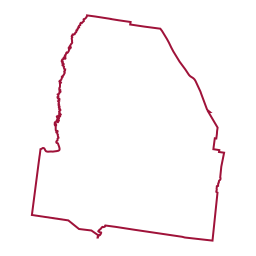 outline of Melton, Victoria, Australia
{"feature_id": "25037944B20594454480773", "entity_name": "Melton", "entity_type": "district", "adm_level": 2, "iso_a3": "AUS", "parent_name": "Australia", "parent_adm1": "Victoria", "projection": "equal_earth", "projection_center": [144.547, -37.681], "detail": "fine", "context": "isolated", "style": "outline", "palette": "rose", "viewbox_px": 256, "rotation_deg": 0, "n_neighbors": 0, "source": "geoboundaries", "source_scale": "gbopen_adm2", "svg_char_len": 5181}
<svg xmlns="http://www.w3.org/2000/svg" viewBox="0 0 256 256"><path d="M209.8,112.0L207.4,110.0L207.0,109.4L201.2,93.8L200.4,91.5L195.7,81.4L195.1,80.3L194.4,79.3L193.5,78.4L192.7,77.8L190.3,76.3L189.1,75.1L188.6,74.4L185.3,69.4L179.6,61.7L173.3,51.4L171.2,47.4L168.9,42.6L167.0,39.1L162.0,30.9L160.3,28.7L144.3,26.6L130.2,24.5L130.6,22.0L118.8,20.3L110.7,19.0L110.7,18.9L95.2,16.5L87.1,15.4L87.1,15.9L86.9,16.2L86.8,16.5L86.6,16.6L86.4,17.2L85.9,17.9L84.8,18.9L84.4,19.1L83.7,19.2L83.6,19.4L83.6,19.9L83.9,21.0L82.7,22.1L82.1,22.6L81.8,23.1L81.7,23.1L81.1,22.8L80.9,22.8L80.7,23.0L80.3,23.5L80.3,23.8L80.2,25.2L79.5,25.4L78.9,26.0L78.7,26.6L78.9,27.1L78.4,27.1L78.3,27.5L78.4,27.8L78.2,28.2L77.7,28.4L77.6,28.5L77.7,29.1L77.2,30.2L77.1,30.3L76.7,30.1L76.4,30.3L76.3,30.8L76.4,31.5L76.3,31.9L76.1,32.3L75.9,32.4L75.5,32.5L75.4,32.7L75.2,33.1L74.9,33.4L74.7,34.1L74.2,34.1L73.6,34.7L72.8,34.4L72.6,34.5L72.6,35.0L71.9,35.7L71.7,36.3L71.7,36.6L71.8,36.7L72.3,37.2L72.2,37.4L71.7,38.4L72.1,40.9L72.0,41.6L72.2,42.7L71.7,43.5L70.9,44.3L70.4,45.3L69.8,46.1L69.4,46.8L70.5,46.6L70.8,47.7L70.0,48.5L69.8,48.6L69.4,48.7L69.0,48.4L68.8,48.4L68.9,48.9L69.3,49.3L69.3,49.6L69.0,50.0L68.8,50.9L68.2,51.9L67.7,52.6L67.2,52.9L66.6,52.5L66.4,52.7L66.3,52.9L66.3,53.3L66.0,53.8L65.7,54.7L64.9,55.4L64.9,55.6L65.4,56.1L65.3,56.4L64.8,56.6L64.9,57.1L65.5,58.0L65.5,58.4L65.4,58.6L65.0,58.8L64.6,58.7L63.8,57.7L63.7,57.7L63.4,58.3L63.0,59.5L62.9,59.6L62.3,59.5L62.2,59.6L61.9,60.7L61.7,60.9L61.7,61.4L61.9,61.8L62.0,61.8L62.8,61.9L62.9,62.0L62.9,62.3L62.8,62.7L62.4,63.4L62.5,63.6L63.4,63.8L63.6,63.9L63.7,64.1L63.5,64.3L62.7,64.9L62.5,65.1L62.5,65.3L64.0,66.5L63.8,67.3L63.8,67.7L64.5,69.4L64.9,69.2L65.1,69.3L65.0,69.5L65.1,70.2L64.9,70.9L64.8,71.0L64.3,71.3L64.2,71.7L64.3,72.1L64.7,72.5L64.7,72.9L63.7,74.9L62.8,75.9L62.8,76.4L62.7,76.9L62.5,77.0L62.0,76.6L61.8,76.8L61.8,77.1L62.0,77.6L61.9,78.0L61.7,78.5L61.2,79.8L60.5,80.4L59.9,80.7L59.4,81.3L59.5,81.5L60.3,81.8L61.0,82.5L60.9,82.7L60.1,82.6L59.8,82.8L59.8,83.3L60.0,83.7L60.0,86.2L59.8,87.4L59.3,88.1L59.5,88.9L59.3,89.1L59.3,89.3L59.5,89.4L59.9,89.6L60.3,90.0L60.2,90.5L60.5,91.5L60.5,91.8L60.4,91.9L59.8,90.9L59.5,90.9L59.6,92.1L59.3,92.6L59.3,93.2L59.2,93.6L58.9,93.9L58.0,94.2L57.7,94.4L57.8,94.6L58.3,95.0L58.3,95.9L58.4,96.3L58.1,96.7L57.7,96.8L57.5,97.0L57.5,97.3L57.7,98.0L58.0,98.4L58.6,98.4L59.1,98.5L59.3,98.7L59.5,99.1L59.4,99.4L58.8,100.0L59.2,100.7L58.1,101.2L58.2,101.4L58.7,101.8L58.8,102.4L59.0,102.8L59.0,103.0L58.9,103.3L58.5,103.9L58.7,104.2L59.0,104.5L59.2,105.0L58.9,105.2L58.6,105.2L58.6,105.4L58.9,106.0L58.9,106.5L59.3,106.7L59.5,106.8L59.4,107.1L58.9,107.5L59.1,108.0L59.4,108.0L59.6,108.1L59.7,108.4L59.6,108.7L59.2,109.0L59.2,109.3L59.4,109.5L60.2,109.6L60.4,110.0L60.2,110.2L59.7,110.5L59.7,111.1L59.6,111.4L59.1,111.6L59.1,111.8L59.4,111.9L59.6,112.3L59.6,112.5L59.4,113.0L59.3,113.3L59.9,113.5L60.6,114.3L60.7,114.5L60.2,114.7L59.6,114.4L59.4,114.7L59.3,115.0L59.4,115.5L59.6,115.7L60.1,116.1L60.1,116.4L59.8,116.5L59.4,116.4L59.1,115.6L58.6,115.4L58.0,116.0L57.6,116.3L57.0,116.3L56.8,116.6L57.3,117.9L57.5,117.9L57.8,117.5L58.1,117.6L59.0,118.3L59.0,118.5L58.6,119.2L58.1,119.3L57.4,119.3L57.2,119.6L57.5,119.9L58.2,120.1L58.7,120.3L58.9,120.5L58.8,120.8L58.1,121.3L58.1,122.0L57.9,122.2L57.6,122.1L57.4,121.8L57.2,120.7L56.9,120.5L56.8,120.4L56.7,120.5L56.3,121.4L55.9,121.9L55.6,122.2L55.3,122.3L55.1,122.7L55.0,122.8L54.8,122.7L54.7,123.0L54.9,123.4L55.9,124.0L56.1,124.4L56.1,125.0L55.6,124.9L54.9,124.2L54.7,124.3L54.7,124.6L55.0,125.4L55.4,125.8L55.7,126.4L55.7,127.1L55.7,129.4L55.8,130.2L56.0,130.7L56.4,131.0L57.3,130.9L57.5,131.0L57.6,131.6L57.5,131.8L57.3,131.9L57.1,131.7L56.7,131.7L56.4,131.9L56.3,132.3L56.4,132.5L57.2,133.0L57.3,133.3L57.5,134.3L57.9,134.7L57.8,135.2L57.8,135.8L58.1,136.6L58.5,137.6L58.5,137.8L58.0,138.0L57.6,138.6L57.5,138.9L57.6,139.8L57.6,140.0L57.3,140.6L56.6,141.1L56.3,141.8L56.3,142.2L56.5,142.7L56.7,142.9L57.7,143.2L58.1,143.8L58.5,145.1L59.0,146.4L59.4,147.8L59.6,149.0L59.5,149.6L59.3,150.1L58.5,150.7L56.7,151.1L52.9,151.6L50.5,151.5L48.1,151.7L47.1,151.6L46.0,151.2L45.2,150.2L44.9,149.5L44.4,148.6L43.8,148.1L42.9,148.0L41.2,149.0L40.5,149.2L39.7,155.5L39.6,155.8L38.4,164.8L31.9,215.0L68.3,220.4L79.0,229.0L91.4,230.5L98.0,235.1L97.6,237.5L97.9,237.5L98.1,236.6L98.7,235.5L98.8,235.2L99.0,235.0L99.4,235.3L99.6,235.3L100.0,235.0L100.6,234.2L101.0,233.2L101.2,232.8L101.1,232.5L101.0,232.4L99.8,232.3L98.5,231.5L98.3,231.2L98.8,230.5L99.4,230.1L99.6,229.6L100.2,229.3L100.7,228.9L101.8,227.4L102.5,226.9L103.0,227.1L103.4,227.1L104.2,226.9L104.8,226.6L105.0,226.5L105.1,226.4L105.1,225.9L105.3,225.8L105.4,225.5L107.6,225.8L115.9,226.9L134.0,229.7L182.2,236.8L184.8,237.5L212.5,240.6L217.5,192.6L217.2,192.4L216.4,192.0L216.3,191.6L216.4,191.0L216.8,189.7L216.6,188.7L216.7,188.0L216.8,187.4L216.8,186.3L217.1,186.0L217.8,186.0L218.1,185.9L218.2,183.4L218.5,182.9L218.8,182.7L218.9,181.3L219.2,180.6L220.2,179.7L220.5,179.0L220.5,177.9L220.2,177.5L221.3,166.6L224.1,152.7L219.0,152.0L219.3,150.1L213.4,149.2L213.6,147.4L214.8,138.3L216.3,138.5L216.9,134.0L217.1,131.0L217.6,127.6L208.4,112.0L209.8,112.0Z" fill="none" stroke="#9f1239" stroke-width="2"/></svg>